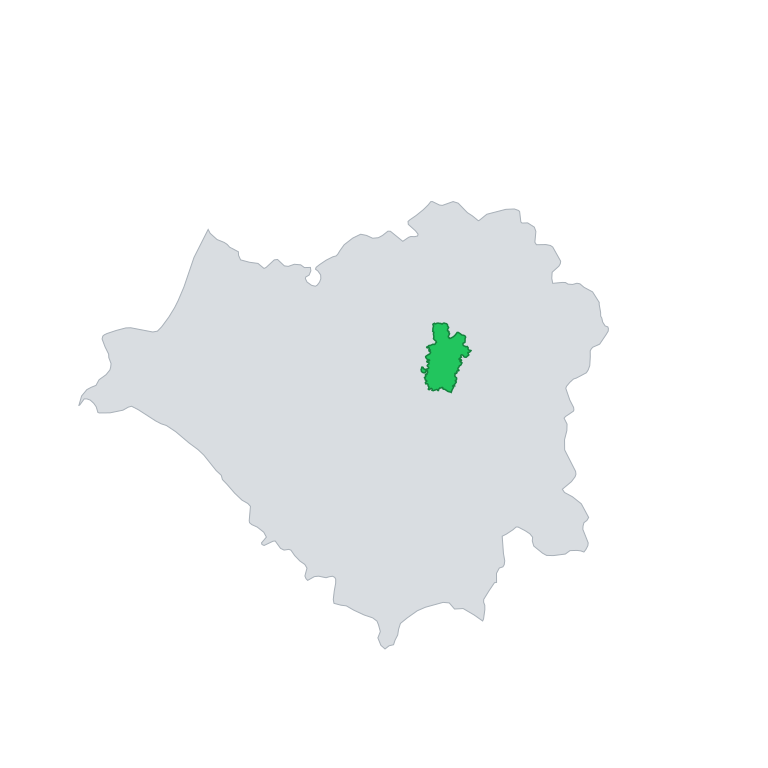 Barysaw, Minsk, Belarus shown in context, rotated 34°
{"feature_id": "67162791B39606099444015", "entity_name": "Barysaw", "entity_type": "district", "adm_level": 2, "iso_a3": "BLR", "parent_name": "Belarus", "parent_adm1": "Minsk", "projection": "albers", "projection_center": [28.522, 54.3], "detail": "fine", "context": "in_parent", "style": "filled", "palette": "green", "viewbox_px": 768, "rotation_deg": 34, "n_neighbors": 0, "source": "geoboundaries", "source_scale": "gbopen_adm2", "svg_char_len": 9736}
<svg xmlns="http://www.w3.org/2000/svg" viewBox="0 0 768 768"><g transform="rotate(34 384 384)"><path d="M598.3,525.3L587.7,525.1L575.2,525.9L568.3,531.1L560.5,529.0L555.1,532.0L543.1,546.0L538.4,553.4L534.1,564.8L531.5,573.3L533.2,579.1L535.7,584.4L536.4,590.2L537.7,594.8L534.6,598.2L533.0,603.1L527.6,602.4L520.9,597.9L519.4,591.3L514.2,586.8L510.8,584.5L505.4,584.2L496.7,586.6L485.4,588.4L476.8,589.0L472.1,591.4L465.2,593.8L462.5,591.1L458.6,583.6L455.3,576.1L453.1,572.8L451.3,571.9L448.9,572.1L446.3,574.5L444.3,577.0L437.2,579.9L434.0,582.6L430.5,589.5L428.2,589.0L425.8,587.4L423.1,579.7L419.3,577.9L413.3,577.8L405.9,576.2L399.8,573.8L397.6,574.3L394.0,577.6L390.1,578.1L381.6,575.0L379.9,576.4L374.9,584.9L372.6,585.3L371.3,584.2L372.1,576.7L367.2,574.1L358.9,573.5L353.0,574.5L350.1,574.2L348.7,572.7L341.7,560.1L338.0,559.2L331.2,559.7L321.2,558.0L309.7,554.9L303.5,553.6L300.2,550.7L293.2,549.6L274.4,543.7L266.6,542.4L255.2,541.9L237.9,540.0L226.7,540.1L221.5,541.6L215.4,542.3L194.7,542.7L187.2,543.6L185.0,546.1L182.2,551.7L173.0,561.1L164.3,567.1L162.8,567.6L158.1,563.8L154.2,562.3L149.4,561.6L146.0,562.5L143.8,564.0L143.5,571.7L143.0,572.3L140.0,563.0L140.8,554.8L143.2,550.3L146.0,546.2L145.4,539.8L148.4,531.6L148.9,525.6L148.0,522.9L146.3,519.7L141.1,516.0L139.0,513.2L132.0,509.2L125.1,504.3L124.1,501.5L124.6,499.7L126.1,497.1L132.1,489.3L138.6,481.9L142.6,479.0L163.2,470.2L166.6,466.9L167.7,461.0L168.2,448.8L167.7,437.7L166.7,430.0L163.9,415.5L155.7,385.3L151.8,354.2L155.6,356.3L164.8,357.6L172.3,356.0L176.1,356.0L179.5,356.9L189.3,355.8L191.5,358.7L195.7,361.3L204.4,358.3L212.1,354.5L219.9,355.3L221.1,353.3L223.6,342.5L226.1,340.3L235.3,341.8L238.9,340.0L242.7,334.9L248.3,331.8L252.9,332.0L257.8,328.5L260.1,331.1L261.0,335.6L259.3,339.1L259.9,340.6L263.1,342.5L268.8,342.7L272.5,341.3L273.4,339.3L273.6,335.6L272.8,332.1L270.5,329.0L266.1,327.3L263.0,327.1L262.5,325.2L263.8,321.1L266.8,313.7L270.5,307.1L272.7,304.6L273.1,302.3L272.9,298.1L273.1,290.8L276.5,280.5L280.9,272.9L286.4,270.6L293.1,269.5L297.5,265.9L299.7,261.7L301.8,255.1L303.9,253.8L319.8,255.2L322.4,248.6L323.8,246.7L326.9,244.8L329.1,242.5L328.4,240.7L324.4,239.4L314.9,238.1L313.0,235.8L313.7,233.2L316.4,226.4L319.1,217.6L320.5,210.8L320.8,206.7L322.1,205.7L329.9,204.6L332.5,203.3L339.3,194.1L344.4,192.6L357.3,195.3L363.3,195.2L370.9,195.9L371.5,195.0L374.3,185.8L387.3,171.1L394.2,166.0L398.5,164.9L400.0,165.2L406.8,173.1L408.4,173.4L413.0,170.1L420.9,169.9L424.6,172.6L429.8,182.1L432.5,183.3L440.2,177.9L444.5,176.1L447.3,176.1L461.8,183.4L462.9,185.8L463.1,188.6L460.9,197.3L464.0,202.6L467.6,206.2L475.0,200.1L477.7,198.4L480.7,198.3L484.7,196.0L487.6,192.6L490.4,191.4L495.8,192.0L505.4,191.0L516.8,196.0L517.8,197.6L523.6,203.6L525.7,206.6L527.6,207.5L530.7,210.4L534.8,212.2L537.6,211.5L539.0,212.5L540.3,214.8L540.5,218.8L540.5,230.4L536.6,236.6L536.2,238.7L536.4,241.2L539.8,246.1L544.3,253.7L545.4,258.1L545.5,261.5L540.1,271.6L538.3,273.9L537.1,278.8L536.6,283.8L537.1,285.9L547.0,293.4L554.3,297.4L556.0,299.4L556.2,300.7L552.7,309.3L552.4,311.6L558.2,314.9L561.6,320.3L564.8,329.2L570.6,337.6L591.7,349.3L593.6,351.5L594.3,354.1L594.0,360.1L590.7,371.5L594.3,373.0L603.4,372.1L614.6,373.0L628.3,380.2L628.5,383.7L627.3,387.1L628.4,390.4L630.1,393.3L642.1,401.5L643.4,404.0L643.9,408.3L643.7,411.5L640.5,412.3L637.1,414.0L631.4,418.1L629.4,423.6L620.3,431.6L614.6,435.2L610.0,435.6L598.8,434.6L594.7,431.2L592.9,427.9L588.6,426.6L582.9,426.7L575.1,427.6L573.5,428.7L572.4,432.8L569.4,440.0L567.1,444.1L577.7,457.6L583.0,463.1L584.7,466.6L584.8,469.1L582.5,472.1L583.1,478.0L588.3,485.6L586.7,486.9L586.7,496.5L587.1,506.8L588.6,509.2L591.3,511.1L593.8,514.7L597.9,523.1L598.3,525.3Z" fill="#d9dde1" stroke="#a8b0b8" stroke-width="1"/><path d="M424.8,299.0L424.0,298.9L423.0,299.0L421.3,299.8L420.7,299.8L419.4,299.7L418.3,299.7L416.8,299.7L416.3,300.0L415.8,300.4L415.8,301.7L415.6,304.1L415.3,305.2L415.1,306.0L414.0,308.2L413.1,309.5L412.5,309.6L412.4,309.2L411.5,309.0L411.1,309.1L410.8,308.8L410.6,308.3L410.5,307.2L410.4,306.8L410.3,305.8L410.0,305.4L409.4,305.3L409.0,305.3L408.9,305.0L408.9,304.8L408.5,304.2L407.5,304.2L407.2,304.4L406.7,304.2L406.6,303.6L406.1,303.1L406.0,302.6L406.1,301.2L405.7,300.8L404.6,300.6L404.3,300.5L403.8,299.6L403.2,299.3L402.4,299.1L402.0,299.1L401.5,299.3L400.8,299.6L399.9,299.8L399.5,300.1L399.1,300.6L398.9,301.1L398.8,301.7L398.2,302.0L397.2,302.0L397.0,302.3L396.2,302.7L395.3,303.0L394.8,303.3L394.1,303.8L393.4,304.7L393.3,305.0L392.7,305.7L392.1,305.7L391.9,305.5L391.4,306.2L391.2,306.6L391.2,307.1L391.3,307.4L391.9,307.8L392.2,307.9L392.6,308.1L392.8,308.5L392.9,309.1L393.1,309.6L393.5,310.6L393.8,311.2L394.6,312.1L394.7,312.7L394.8,313.0L395.2,313.2L395.7,313.2L396.3,313.2L396.6,313.5L396.8,314.1L396.8,314.4L397.0,314.9L397.5,315.5L398.0,315.9L398.7,316.7L399.1,317.2L399.3,317.7L399.5,318.1L399.5,318.4L399.7,318.8L400.4,319.0L402.0,319.3L402.8,319.3L404.0,319.9L404.2,320.1L404.1,320.5L403.9,321.0L403.8,321.6L404.0,321.9L404.1,322.3L404.0,322.6L403.7,323.0L403.3,323.3L402.6,323.5L402.2,323.8L401.6,325.0L401.2,325.5L401.0,325.9L400.8,326.3L400.5,326.5L400.1,326.6L399.8,326.8L399.5,327.8L399.5,328.2L399.4,328.6L399.1,329.0L398.8,329.3L398.8,329.6L399.1,329.8L399.6,329.9L400.0,329.6L400.1,329.0L400.8,328.7L401.2,328.8L401.5,329.0L401.7,329.3L401.7,329.6L401.8,329.8L402.0,330.3L403.1,329.9L403.4,330.0L403.5,330.5L403.3,330.8L402.9,331.1L402.8,331.4L403.1,331.5L403.6,331.6L404.7,331.5L404.9,331.6L405.1,332.3L405.1,333.4L405.0,334.0L404.7,334.3L404.4,334.5L404.3,334.9L404.1,335.4L403.8,336.1L403.6,336.6L403.3,337.3L403.2,338.0L403.5,338.4L404.0,338.7L404.6,339.0L405.2,339.2L405.7,339.3L406.3,339.3L406.8,339.2L407.1,339.0L407.8,338.7L408.1,338.7L408.5,338.8L408.6,339.3L408.3,339.7L407.9,339.9L407.4,340.2L406.8,340.9L406.9,341.4L407.3,341.7L407.8,341.8L408.2,341.6L408.4,341.4L408.9,341.3L409.4,341.3L409.7,341.7L409.9,342.0L409.9,342.4L409.9,342.8L409.5,343.6L409.5,344.1L409.5,344.5L410.1,345.0L411.0,345.1L411.8,345.3L412.0,345.6L412.2,345.9L412.1,346.3L411.9,346.6L411.7,347.0L411.4,347.3L411.0,347.8L410.8,348.2L410.5,348.4L410.3,348.6L409.5,349.2L409.0,349.2L408.7,349.0L408.3,349.0L407.6,348.8L407.3,348.5L406.9,348.4L406.6,348.5L406.0,348.7L405.9,348.9L406.0,349.3L406.4,349.9L406.5,350.3L406.5,350.6L406.6,351.2L407.8,352.4L408.1,352.7L409.2,352.8L409.7,352.8L410.3,352.7L410.5,352.6L410.8,352.1L411.6,352.0L411.8,351.9L411.9,351.5L411.8,351.1L411.7,350.6L411.4,349.6L411.3,349.2L411.4,348.8L411.8,348.5L412.4,348.6L412.9,349.0L413.1,349.7L413.5,349.8L413.8,350.3L413.7,351.0L413.7,351.5L414.0,351.8L414.2,352.1L414.0,352.5L413.5,352.7L413.2,353.0L413.2,353.3L413.5,353.6L414.0,354.0L414.4,354.4L414.4,355.0L414.0,355.5L413.9,356.0L414.3,356.3L414.8,356.3L415.2,356.7L415.5,357.1L415.8,357.4L416.2,357.6L416.4,357.5L416.7,357.4L417.1,357.3L417.5,357.4L417.9,357.7L417.9,358.2L417.5,358.8L417.5,359.3L417.5,359.7L417.8,360.0L418.3,360.3L418.8,360.5L419.0,360.1L419.4,359.8L419.7,359.6L420.3,359.6L420.9,359.9L421.4,360.7L421.8,361.0L422.6,361.2L422.9,361.4L423.1,361.8L423.3,362.0L423.4,362.4L423.5,363.3L423.7,363.6L424.2,363.6L424.6,363.5L424.9,363.1L425.3,361.7L425.5,361.3L425.9,361.1L426.4,361.2L426.8,361.4L427.1,361.7L427.3,362.4L427.9,362.2L428.4,362.1L428.7,361.9L429.2,361.1L430.3,359.7L430.5,359.3L430.9,359.0L431.2,358.9L431.7,359.0L431.9,359.2L432.3,359.3L432.6,359.2L432.8,358.9L432.3,358.3L432.2,357.9L432.3,357.4L432.5,357.0L432.5,356.7L432.4,356.3L432.4,356.1L432.7,355.9L432.9,355.8L433.2,355.7L433.5,355.4L433.7,354.9L433.9,354.5L434.3,354.2L434.6,354.2L435.0,354.3L435.3,354.6L435.3,354.8L435.4,355.0L436.0,355.1L436.5,354.9L436.8,354.7L437.2,354.5L437.7,354.4L441.3,354.4L443.4,353.6L444.0,353.4L444.4,353.4L444.2,352.5L443.9,351.5L443.7,350.4L443.5,348.1L443.4,347.6L443.0,347.5L442.5,347.4L442.1,347.3L442.1,346.9L442.6,346.5L443.3,346.3L443.6,346.0L443.2,345.8L442.9,345.7L442.6,345.5L442.6,345.2L442.8,344.7L442.8,343.8L442.9,342.2L442.7,341.8L441.8,341.7L441.4,341.5L441.2,341.2L441.4,340.9L441.7,340.5L441.7,340.2L441.7,339.8L441.4,339.4L441.1,339.1L441.0,338.5L440.6,338.3L439.5,338.2L438.9,338.1L438.2,337.8L438.0,337.5L437.9,337.0L437.8,336.6L437.5,336.4L437.2,336.1L437.0,335.8L437.0,335.4L437.3,335.1L437.7,334.9L438.0,334.8L438.1,334.6L438.2,333.9L438.0,333.5L437.4,333.2L437.3,332.8L437.3,332.4L437.5,332.1L438.5,331.3L438.6,331.0L438.4,330.6L438.1,330.5L437.5,330.6L437.1,330.5L436.8,330.2L436.6,329.8L436.5,329.3L436.5,329.0L436.6,328.6L436.6,327.7L436.3,326.6L436.7,326.2L436.8,326.1L437.0,325.7L437.1,325.2L437.1,324.8L437.0,324.4L436.9,323.4L436.8,322.8L436.5,322.7L436.0,322.7L435.6,322.9L435.2,322.9L434.7,322.9L434.1,322.5L434.1,322.1L434.6,321.9L435.0,321.5L435.1,321.2L434.7,320.8L433.9,320.8L433.4,321.0L433.0,321.5L432.5,321.6L432.4,321.5L432.2,321.2L432.4,321.0L432.6,320.6L432.6,320.1L432.5,319.7L432.6,319.2L432.9,319.1L433.1,318.8L433.2,318.4L432.3,318.0L431.9,317.7L431.8,317.2L431.8,316.9L431.9,316.5L432.4,316.2L432.9,316.1L433.4,316.1L433.9,316.1L434.4,316.3L434.7,316.6L435.0,316.7L435.5,316.7L435.9,316.6L437.0,316.0L437.3,315.6L437.4,315.0L437.5,314.2L437.6,313.8L437.9,313.4L438.1,313.0L438.0,312.4L437.6,312.2L436.4,311.5L436.1,311.3L436.0,310.9L436.4,310.7L436.8,310.2L437.1,309.7L437.3,309.2L437.4,308.6L437.5,307.8L437.5,307.6L437.1,307.6L436.4,308.2L435.7,308.3L434.8,308.3L434.2,308.1L434.0,307.8L433.7,307.3L433.4,306.8L432.8,306.7L432.5,306.5L432.1,306.3L431.7,306.6L431.4,307.0L431.1,307.4L430.5,307.3L429.6,307.6L428.6,307.7L428.0,307.6L427.6,307.3L427.0,306.6L426.8,306.1L427.1,305.3L427.4,305.0L427.8,304.3L427.6,303.9L427.1,302.9L426.6,302.2L426.0,301.3L425.7,300.8L425.7,300.3L425.6,299.7L424.8,299.0Z" fill="#22c55e" stroke="#15803d" stroke-width="1.5"/></g></svg>